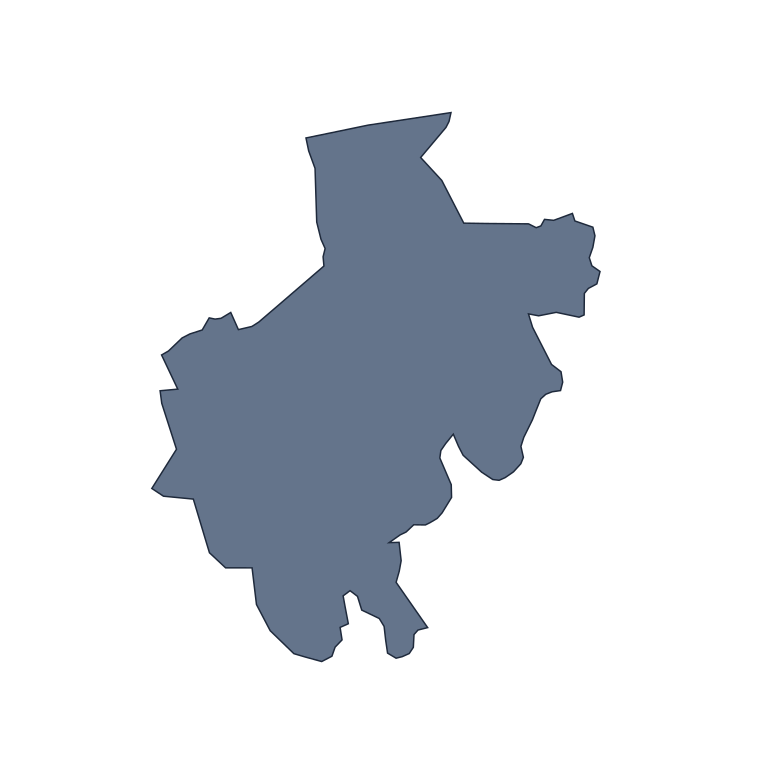 Alexandria, Rio Grande do Norte, Brazil (Equal Earth projection), rotated 336°
{"feature_id": "56859067B36887412896475", "entity_name": "Alexandria", "entity_type": "district", "adm_level": 2, "iso_a3": "BRA", "parent_name": "Brazil", "parent_adm1": "Rio Grande do Norte", "projection": "equal_earth", "projection_center": [-37.977, -6.367], "detail": "fine", "context": "isolated", "style": "filled", "palette": "slate", "viewbox_px": 768, "rotation_deg": 336, "n_neighbors": 0, "source": "geoboundaries", "source_scale": "gbopen_adm2", "svg_char_len": 1707}
<svg xmlns="http://www.w3.org/2000/svg" viewBox="0 0 768 768"><g transform="rotate(336 384 384)"><path d="M555.6,163.3L475.0,141.1L412.8,127.5L410.0,140.4L408.7,159.0L388.4,208.7L385.3,226.1L385.3,236.3L380.1,243.0L377.1,251.8L363.8,255.8L315.5,270.3L294.7,276.5L286.7,277.7L273.1,275.1L273.1,256.3L261.9,257.7L256.1,256.0L251.2,252.5L239.9,260.7L227.1,259.3L218.3,259.8L200.5,266.2L192.6,267.0L193.5,304.8L176.7,299.1L173.1,311.3L167.9,359.2L129.4,385.0L136.9,396.8L163.0,411.6L157.2,456.9L155.9,467.2L164.5,487.5L188.7,498.3L177.8,533.6L179.7,563.1L192.0,593.7L200.8,601.2L214.2,612.2L225.7,611.5L232.3,604.5L241.6,600.7L244.9,588.5L253.9,588.5L258.0,571.1L260.5,560.9L268.9,559.0L273.4,567.2L271.7,581.5L284.3,596.3L285.5,605.5L281.3,618.8L277.8,631.3L283.5,639.4L289.7,640.5L297.4,640.5L303.7,636.5L309.5,625.1L315.0,622.6L324.8,624.3L314.4,570.1L321.8,561.2L327.8,552.4L333.4,534.8L324.1,531.0L337.4,528.4L344.0,528.2L353.9,524.7L364.5,529.6L369.5,529.4L378.0,528.4L384.6,525.4L399.6,515.1L404.5,503.3L404.9,474.3L408.9,467.9L416.1,463.5L426.9,458.0L426.7,471.2L427.3,481.3L437.4,504.4L444.5,515.5L450.0,518.8L456.6,518.8L466.6,516.9L476.6,512.5L481.5,507.7L483.7,496.7L490.0,489.6L505.0,477.1L511.7,470.5L521.2,461.3L527.6,459.2L534.4,459.5L542.6,461.8L548.0,455.0L550.7,444.8L545.0,434.3L542.8,392.6L544.5,378.7L553.0,384.6L570.5,388.6L589.4,402.3L594.9,402.3L603.9,382.7L609.6,379.8L619.2,379.1L627.1,369.1L622.0,360.6L622.9,352.1L630.4,344.1L637.0,334.4L638.6,325.7L624.7,312.7L625.5,304.8L605.6,303.5L597.6,298.9L591.6,303.4L586.6,303.1L581.2,296.5L543.0,279.1L522.3,269.5L519.6,221.6L509.6,192.0L545.0,174.8L550.2,170.6L555.6,163.3Z" fill="#64748b" stroke="#1e293b" stroke-width="1.5"/></g></svg>